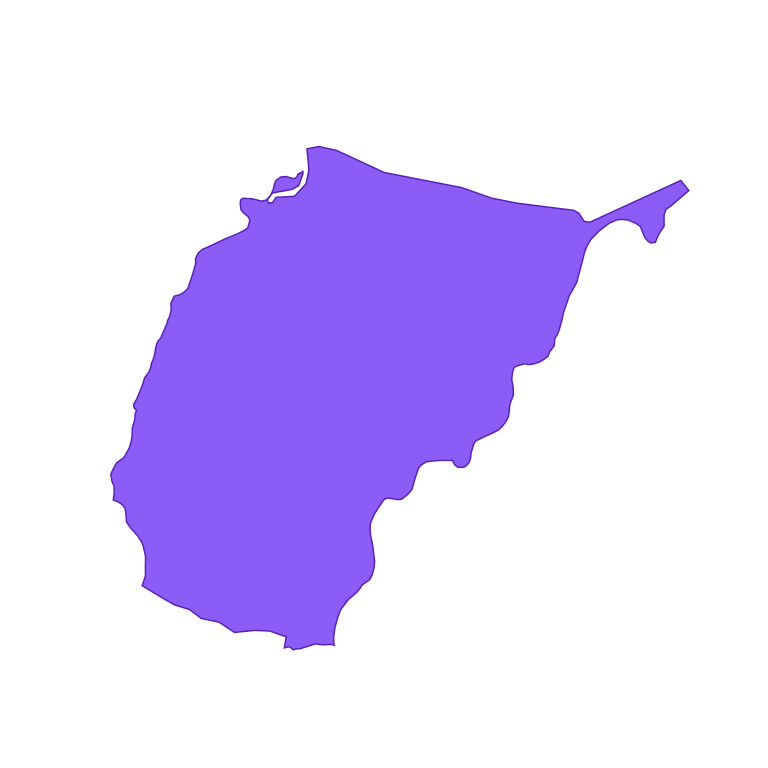 Jablah, Lattakia, Syria, rotated 107°
{"feature_id": "27442178B5090378365720", "entity_name": "Jablah", "entity_type": "district", "adm_level": 2, "iso_a3": "SYR", "parent_name": "Syria", "parent_adm1": "Lattakia", "projection": "robinson", "projection_center": [36.065, 35.345], "detail": "fine", "context": "isolated", "style": "filled", "palette": "violet", "viewbox_px": 768, "rotation_deg": 107, "n_neighbors": 0, "source": "geoboundaries", "source_scale": "gbopen_adm2", "svg_char_len": 3699}
<svg xmlns="http://www.w3.org/2000/svg" viewBox="0 0 768 768"><g transform="rotate(107 384 384)"><path d="M648.4,355.1L647.5,355.9L640.3,358.3L631.2,359.7L620.9,360.0L612.6,359.5L600.6,355.1L594.2,351.0L590.5,348.8L586.0,347.0L584.3,346.6L582.6,346.2L580.7,344.7L577.0,341.8L575.3,340.6L574.8,340.3L569.1,339.5L562.7,339.8L557.0,340.9L544.8,346.2L538.3,349.4L533.3,352.3L528.0,354.4L523.4,355.9L519.3,356.2L510.6,355.0L503.8,353.1L499.5,351.8L495.1,350.5L492.2,348.0L491.5,344.1L491.1,342.1L490.5,337.0L489.0,333.4L481.9,328.6L479.3,327.5L476.3,326.4L468.3,326.7L459.3,326.6L454.4,326.4L452.8,325.7L451.7,325.2L450.6,324.7L448.7,323.1L446.1,320.9L444.0,316.4L440.8,308.5L437.1,296.2L440.5,292.8L442.0,289.2L440.3,283.4L437.6,281.1L433.8,279.6L429.3,279.6L424.3,280.6L420.9,280.6L416.0,280.6L413.0,280.2L411.1,279.1L405.6,273.2L397.8,264.4L394.4,261.1L390.0,258.5L383.6,256.3L378.7,255.5L373.7,256.2L369.6,257.2L366.9,257.6L363.9,257.6L360.1,257.2L356.7,257.1L349.9,259.3L342.2,263.2L336.9,264.2L332.4,264.6L329.7,264.2L327.5,261.6L324.4,256.7L323.3,254.8L323.3,251.9L321.1,246.8L317.5,241.7L313.0,237.7L309.6,235.4L307.0,235.1L304.7,235.0L301.0,233.6L297.6,232.4L291.5,233.8L289.6,233.8L286.2,232.7L280.2,232.3L270.0,232.6L263.5,233.2L259.4,233.2L253.0,232.8L245.8,232.7L240.9,231.6L233.7,230.1L230.0,229.3L225.8,229.6L209.5,230.2L208.2,230.3L207.5,230.3L206.7,230.3L204.8,230.4L199.1,230.7L192.3,230.2L185.2,228.4L174.3,222.8L164.7,215.8L164.2,215.4L159.4,210.0L157.2,205.2L155.8,198.6L156.8,189.9L158.4,184.8L163.0,181.3L168.0,176.9L170.3,173.3L171.1,170.1L169.3,166.0L160.7,165.1L151.2,162.3L142.4,165.0L141.5,165.5L138.1,165.5L134.8,165.5L129.5,161.5L128.6,160.9L119.4,155.1L109.9,149.1L108.3,151.4L105.4,155.6L102.5,159.8L103.3,160.5L169.0,234.3L170.0,240.0L163.6,247.6L162.5,253.7L166.2,274.9L172.2,309.6L174.8,335.3L173.5,367.1L181.7,445.7L174.5,497.8L175.7,512.7L175.9,515.6L181.6,526.4L193.1,521.7L201.3,518.4L215.4,517.1L230.7,524.5L237.0,541.7L243.2,543.7L244.7,547.2L242.1,549.4L234.0,546.6L224.6,528.6L219.1,523.5L206.3,523.0L204.4,523.9L206.1,525.0L208.3,527.6L211.9,527.9L214.1,530.5L214.2,537.5L214.2,538.3L216.1,543.0L220.5,546.7L224.2,547.2L230.6,546.8L236.6,547.6L242.4,550.2L244.9,554.4L245.4,563.9L247.6,573.2L249.8,574.9L252.2,574.6L255.8,573.3L259.4,571.5L261.8,567.6L262.8,565.1L263.5,563.1L265.9,560.6L268.0,560.0L270.8,560.0L274.7,559.9L278.4,563.1L283.3,568.1L291.7,578.4L301.2,588.7L308.5,597.1L312.7,599.8L319.1,600.9L324.3,599.3L334.3,599.1L344.0,599.3L350.1,599.5L354.7,602.1L358.3,605.3L359.7,607.6L361.4,610.4L363.2,610.6L366.0,610.9L369.0,611.4L373.7,609.7L376.4,609.1L381.3,608.7L386.8,609.5L389.0,609.1L393.4,609.7L398.6,610.2L402.6,610.8L404.7,610.7L409.3,612.8L412.0,613.0L416.5,612.9L419.9,612.3L424.1,611.9L428.1,611.9L432.0,612.4L436.7,611.9L441.6,612.4L448.0,614.7L457.1,614.8L463.2,615.3L470.7,616.1L476.5,617.5L479.8,616.0L481.6,613.0L485.3,613.2L490.7,611.9L496.5,611.8L499.8,611.8L507.7,609.6L514.0,608.9L518.6,608.8L523.1,609.6L530.3,611.2L537.7,616.7L544.4,618.1L550.4,618.9L553.4,617.1L556.5,615.8L560.6,612.2L564.0,611.2L567.6,610.0L574.0,609.0L574.5,603.3L575.9,599.1L578.6,595.2L584.6,592.4L591.3,589.9L595.9,584.0L601.2,575.3L606.3,569.2L610.5,566.2L618.6,561.6L630.7,558.1L637.3,556.0L647.6,556.3L647.7,555.7L648.5,552.7L653.4,533.2L653.7,532.0L656.5,519.6L656.5,504.2L661.6,490.3L660.0,472.1L663.8,459.4L665.0,455.5L665.3,454.4L661.8,446.1L659.9,441.5L658.8,439.0L657.3,435.2L653.6,420.8L653.8,417.3L653.9,414.2L654.0,413.1L654.3,403.6L665.5,402.2L663.3,398.6L663.1,396.6L664.8,393.1L663.1,390.8L661.7,386.9L656.4,379.2L655.7,378.2L652.5,373.3L651.4,366.6L648.6,358.9L648.4,355.1Z" fill="#8b5cf6" stroke="#5b21b6" stroke-width="1.5"/></g></svg>